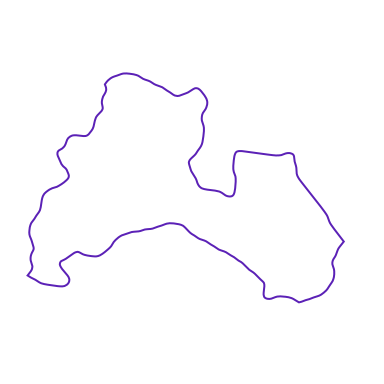 Neyba, Bahoruco, Dominican Republic (orthographic projection), rotated 277°
{"feature_id": "3306468B5748672743725", "entity_name": "Neyba", "entity_type": "district", "adm_level": 2, "iso_a3": "DOM", "parent_name": "Dominican Republic", "parent_adm1": "Bahoruco", "projection": "orthographic", "projection_center": [-71.416, 18.522], "detail": "fine", "context": "isolated", "style": "outline", "palette": "violet", "viewbox_px": 384, "rotation_deg": 277, "n_neighbors": 0, "source": "geoboundaries", "source_scale": "gbopen_adm2", "svg_char_len": 4643}
<svg xmlns="http://www.w3.org/2000/svg" viewBox="0 0 384 384"><g transform="rotate(277 192 192)"><path d="M288.2,92.4L285.3,93.9L283.6,94.3L282.7,94.4L280.8,94.1L279.1,93.5L275.9,92.1L273.1,91.6L271.1,91.5L269.2,91.7L265.3,93.0L263.8,93.2L262.9,93.0L261.3,92.3L256.6,88.8L254.8,87.8L253.9,87.5L251.0,86.9L244.9,86.3L242.9,85.8L242.1,85.5L240.5,84.7L236.7,82.4L235.5,81.2L235.0,80.4L234.6,79.5L234.3,77.5L234.2,70.1L233.9,68.0L233.7,67.0L233.3,66.0L232.3,64.4L231.0,63.1L230.3,62.5L228.6,61.7L223.9,60.6L222.1,59.9L221.4,59.5L219.4,57.9L217.0,54.8L216.4,54.3L215.6,53.9L214.8,53.7L213.1,53.8L211.5,54.4L203.8,59.0L201.9,60.9L200.1,63.6L198.9,64.8L195.3,66.9L193.8,67.6L193.0,67.8L192.1,67.8L191.2,67.7L189.6,66.9L188.1,65.7L185.9,63.7L183.8,61.4L181.9,59.0L180.7,57.3L178.7,52.8L177.0,50.2L175.6,48.6L174.1,47.1L172.5,45.8L171.6,45.3L169.7,44.5L167.7,44.1L165.7,43.9L158.5,43.7L155.5,43.3L153.6,42.6L149.6,40.4L146.1,38.8L142.1,36.5L141.2,36.1L139.3,35.6L137.2,35.3L134.2,35.3L132.1,35.4L130.1,35.8L128.3,36.5L125.1,38.3L123.4,39.1L117.8,41.5L116.2,41.8L114.7,41.5L112.4,40.6L110.7,40.1L108.8,39.8L106.9,39.8L104.9,40.1L104.0,40.4L100.8,41.8L99.2,42.5L98.3,42.7L96.4,42.6L95.4,42.4L93.7,41.7L89.1,39.0L87.4,42.7L85.8,47.2L83.8,51.3L83.1,53.2L82.9,54.3L82.6,56.5L82.4,59.9L82.2,70.3L82.3,72.5L82.5,74.7L83.1,76.8L83.6,77.6L84.7,79.1L86.1,80.2L87.0,80.6L87.9,80.9L88.8,81.0L90.2,80.9L90.9,80.7L92.6,79.8L94.0,78.6L99.9,72.3L102.0,70.6L103.5,69.8L104.3,69.6L105.7,69.7L107.0,70.2L107.5,70.7L109.3,73.5L110.4,75.0L116.2,81.4L117.4,82.8L118.2,84.3L118.7,85.9L118.4,87.5L116.9,91.3L116.5,93.1L116.2,96.0L116.1,99.9L116.2,102.8L116.4,104.7L117.0,106.6L117.9,108.3L119.7,110.6L121.7,112.7L124.6,115.4L126.8,117.3L128.4,118.4L132.8,120.4L135.1,122.0L138.0,124.6L139.3,126.1L140.4,127.6L144.9,137.0L145.4,138.9L146.4,143.7L147.0,145.5L149.0,149.7L149.5,151.6L150.3,155.5L150.9,157.4L153.4,162.3L155.0,165.9L156.7,169.1L157.5,170.8L158.3,173.7L158.6,177.8L158.4,183.0L158.1,185.0L157.5,187.0L157.0,187.9L155.8,189.6L152.5,193.6L151.3,195.2L150.3,196.9L149.1,199.6L147.0,203.6L146.3,205.4L145.3,210.3L144.7,212.2L142.2,217.1L140.7,220.6L138.2,225.5L137.7,227.4L136.9,231.3L136.3,233.2L133.9,238.1L132.4,241.7L129.6,246.5L128.5,249.2L127.5,250.9L121.8,258.3L119.6,262.7L118.5,264.4L114.0,270.1L111.9,273.0L110.8,274.3L109.2,275.0L107.3,275.3L100.6,275.4L98.8,275.6L97.2,276.2L96.4,276.7L95.9,277.4L95.5,278.3L95.3,279.1L95.2,280.0L95.3,281.9L95.8,283.7L97.9,287.7L98.6,289.4L99.2,292.4L99.4,297.6L99.3,300.7L98.8,303.8L98.2,305.6L95.5,311.6L96.4,314.0L98.5,318.0L100.0,321.6L102.2,325.7L103.8,329.2L104.7,331.0L105.9,332.7L108.1,335.0L110.5,337.1L112.2,338.2L115.7,339.9L119.0,341.6L120.7,342.4L122.7,342.9L124.7,343.2L127.7,343.2L130.8,342.8L132.7,342.3L135.9,340.8L137.5,340.1L139.4,339.9L141.2,340.1L142.9,340.7L145.3,341.9L147.0,342.5L151.8,343.6L153.7,344.2L155.4,345.1L161.3,348.7L172.5,337.7L176.4,334.1L178.0,332.8L179.8,331.7L184.2,329.5L185.9,328.3L188.3,326.2L193.0,321.7L215.3,299.3L217.7,297.0L219.3,295.7L221.1,294.5L223.0,293.7L228.8,292.6L230.6,292.0L234.7,290.2L239.9,288.9L240.7,288.5L241.4,287.9L241.9,287.2L242.2,286.3L242.5,284.6L242.5,283.7L242.2,281.8L241.6,280.1L239.5,276.1L239.0,274.1L238.5,270.9L238.4,267.6L238.4,262.1L238.7,236.8L238.4,233.8L237.8,232.0L237.2,231.2L236.4,230.6L234.6,230.0L232.7,229.7L228.5,229.6L223.0,229.8L219.8,230.2L218.7,230.5L216.9,231.1L212.8,233.2L210.7,233.7L207.5,234.1L200.9,234.4L196.8,234.2L195.0,233.8L194.1,233.4L193.3,232.8L192.7,232.0L192.4,231.2L192.2,230.3L192.1,229.4L192.2,227.5L192.7,225.7L194.8,221.8L195.5,220.0L195.8,218.9L196.0,216.8L196.2,214.6L196.2,206.9L196.4,203.7L196.8,201.6L197.1,200.7L198.1,199.1L198.7,198.4L200.1,197.2L201.7,196.2L204.3,195.0L206.0,194.0L212.5,188.8L214.3,187.9L219.1,185.8L220.7,185.3L221.5,185.3L222.4,185.5L223.3,185.8L224.9,186.8L228.7,190.0L230.3,191.1L233.8,192.8L237.0,194.6L238.8,195.4L240.8,196.0L242.9,196.3L248.4,196.5L253.9,196.4L257.1,196.0L259.1,195.4L264.1,193.1L266.0,192.7L268.0,192.6L269.9,192.7L271.8,193.2L275.8,195.3L277.6,195.9L280.6,196.4L282.6,196.3L283.6,196.1L284.5,195.8L286.4,194.9L288.0,193.7L289.6,192.4L293.2,188.8L294.4,187.3L295.3,185.7L295.5,184.8L295.6,183.9L295.5,183.0L295.2,182.1L294.2,180.6L290.4,176.0L289.4,174.3L286.0,167.7L285.5,165.9L285.6,164.0L285.7,163.0L286.4,161.3L288.1,158.2L289.7,154.7L292.3,149.8L292.8,147.9L293.9,143.1L294.5,141.3L296.5,137.2L297.1,135.3L297.9,131.4L298.4,129.6L300.8,124.6L301.3,122.7L301.7,119.6L301.8,115.5L301.7,112.4L301.2,109.3L300.5,107.5L298.4,103.4L297.2,100.8L296.2,99.0L294.9,97.3L292.6,95.1L290.9,93.9L288.2,92.4Z" fill="none" stroke="#5b21b6" stroke-width="2"/></g></svg>